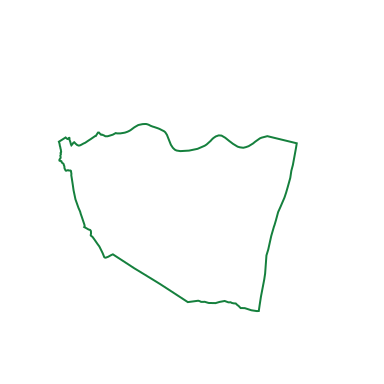 outline of Cai Rang, Hau Giang, Vietnam, rotated 44°
{"feature_id": "81297802B53183498164333", "entity_name": "Cai Rang", "entity_type": "district", "adm_level": 2, "iso_a3": "VNM", "parent_name": "Vietnam", "parent_adm1": "Hau Giang", "projection": "robinson", "projection_center": [105.759, 9.999], "detail": "fine", "context": "isolated", "style": "outline", "palette": "green", "viewbox_px": 384, "rotation_deg": 44, "n_neighbors": 0, "source": "geoboundaries", "source_scale": "gbopen_adm2", "svg_char_len": 3293}
<svg xmlns="http://www.w3.org/2000/svg" viewBox="0 0 384 384"><g transform="rotate(44 192 192)"><path d="M233.5,84.2L207.4,99.5L206.5,101.0L204.3,104.6L203.6,106.2L202.5,112.0L202.2,114.7L200.9,119.7L199.6,122.3L198.2,124.5L197.7,124.9L195.4,126.6L193.3,127.7L187.9,128.9L184.4,129.3L183.8,129.4L178.2,129.9L174.1,130.9L171.9,132.7L170.5,135.5L169.9,138.4L169.8,140.6L169.9,142.1L169.5,147.7L169.0,149.9L166.0,157.1L161.1,164.3L155.2,170.7L152.2,172.8L150.7,173.4L149.3,173.5L147.5,173.5L144.0,172.7L136.7,169.4L134.3,168.3L131.3,167.6L129.7,167.7L127.8,168.3L124.8,169.2L123.1,169.9L119.3,171.7L118.2,172.3L117.2,172.7L116.3,173.1L114.2,173.7L112.9,174.3L111.7,175.0L110.7,176.0L109.3,177.5L107.8,179.7L107.2,180.6L106.8,181.3L106.3,183.0L105.6,185.5L105.4,186.7L104.9,189.8L104.6,191.1L103.8,193.3L102.6,195.7L102.0,196.6L99.6,199.8L98.3,201.0L97.4,201.9L96.2,202.6L95.2,205.8L93.0,209.8L92.5,210.6L91.1,212.0L90.6,212.2L89.7,212.4L89.0,212.6L87.9,213.1L87.3,213.3L87.0,213.9L86.8,214.0L86.3,213.9L85.7,214.0L85.1,214.0L84.1,213.9L83.7,213.9L83.4,214.3L83.1,214.6L83.9,218.6L83.5,218.9L82.5,223.8L82.4,224.4L82.3,224.7L81.7,227.3L81.2,229.7L81.0,230.7L80.2,232.7L79.6,234.7L79.1,236.1L78.6,236.9L78.3,237.3L77.9,237.5L76.6,238.0L76.3,238.0L75.7,238.0L75.1,238.1L74.1,238.1L73.0,238.0L72.7,238.0L72.6,238.3L72.5,238.9L72.5,239.4L72.6,239.8L72.7,240.2L72.7,240.6L72.8,241.1L72.8,242.2L72.3,242.0L71.7,241.8L70.5,241.0L69.5,240.4L68.8,240.1L67.2,239.3L67.0,239.2L66.9,238.9L66.6,238.5L66.4,238.3L66.1,238.3L65.9,238.6L65.9,238.9L66.0,239.4L65.9,239.9L65.8,240.2L65.5,240.4L64.9,240.5L63.2,240.6L62.1,245.2L61.3,248.3L61.7,248.5L62.0,248.6L63.3,249.4L64.8,250.5L65.6,251.0L66.1,251.2L66.8,251.8L67.6,252.3L68.3,252.7L68.8,253.1L69.3,253.6L70.0,254.0L70.2,254.4L70.2,254.8L70.3,255.2L70.6,255.5L71.2,255.6L71.4,255.8L71.7,256.5L71.9,257.1L72.1,257.4L72.9,257.9L73.4,258.3L73.8,258.8L73.9,259.3L74.1,260.6L74.4,261.2L74.9,261.5L75.3,261.4L76.3,260.7L76.7,260.6L77.0,260.7L77.7,261.2L78.4,261.2L79.7,261.0L80.5,261.2L81.3,261.8L82.2,262.1L82.7,262.5L83.2,263.0L83.7,263.4L84.2,263.7L85.0,263.9L85.5,264.1L86.0,264.3L86.4,264.3L86.7,264.1L87.4,262.8L87.7,262.4L88.5,262.1L89.1,261.5L89.6,261.0L90.1,260.9L90.4,261.0L91.4,261.8L92.4,262.5L92.9,263.0L93.4,263.7L98.7,267.7L100.8,269.3L105.7,273.1L113.2,278.2L121.4,282.3L125.1,283.8L127.3,285.1L130.1,286.5L137.4,290.3L138.6,291.2L138.8,292.1L141.3,291.4L143.4,290.9L144.1,290.6L145.0,290.1L145.4,290.1L146.0,290.2L146.5,290.4L148.2,292.0L149.1,293.4L149.4,293.6L149.9,293.6L151.5,293.4L152.8,293.6L154.5,293.9L160.5,295.1L163.0,295.5L164.2,295.9L168.4,297.4L170.3,298.1L174.1,299.8L175.1,299.6L175.6,299.1L176.7,296.8L177.7,293.5L178.4,291.8L203.3,287.0L228.3,281.4L233.4,280.3L265.5,274.1L272.0,265.9L273.3,265.2L274.9,264.7L277.5,262.1L281.0,260.3L286.1,255.6L288.2,251.9L291.2,247.7L294.8,246.1L296.4,244.5L297.8,244.1L299.4,243.1L300.9,241.8L303.3,241.8L304.5,241.6L307.6,241.7L310.6,238.9L316.9,235.8L321.4,232.6L322.7,231.2L319.1,226.2L314.3,219.4L304.7,204.7L301.2,199.8L289.6,185.9L286.8,180.4L282.8,173.9L279.5,168.5L274.8,159.6L274.6,159.0L272.1,154.2L267.9,146.6L266.0,141.3L262.4,131.8L260.2,127.2L257.4,121.9L252.9,113.6L248.7,107.7L245.8,102.5L237.1,89.4L235.2,86.6L233.5,84.2Z" fill="none" stroke="#15803d" stroke-width="2"/></g></svg>